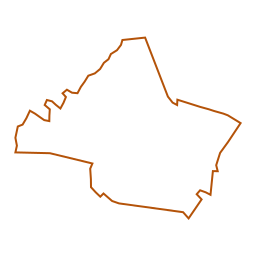 the district of Princesa, Santa Catarina, Brazil
{"feature_id": "56859067B63581322441845", "entity_name": "Princesa", "entity_type": "district", "adm_level": 2, "iso_a3": "BRA", "parent_name": "Brazil", "parent_adm1": "Santa Catarina", "projection": "albers", "projection_center": [-53.626, -26.429], "detail": "fine", "context": "isolated", "style": "outline", "palette": "amber", "viewbox_px": 256, "rotation_deg": 0, "n_neighbors": 0, "source": "geoboundaries", "source_scale": "gbopen_adm2", "svg_char_len": 924}
<svg xmlns="http://www.w3.org/2000/svg" viewBox="0 0 256 256"><path d="M17.8,126.5L16.6,132.1L15.4,137.8L16.9,145.7L15.4,152.4L49.9,153.2L92.4,163.5L90.2,168.7L90.9,179.2L91.0,187.2L95.7,192.3L100.3,196.7L103.5,193.5L107.6,197.1L112.1,201.0L119.0,203.4L183.1,212.2L188.6,218.4L201.6,199.4L196.7,194.2L200.1,190.3L205.7,192.3L210.5,194.8L212.9,171.1L217.7,171.2L216.2,165.2L220.1,152.9L228.1,141.9L240.6,123.1L227.8,115.3L223.3,113.6L214.1,111.0L208.9,109.3L200.2,106.9L177.4,99.7L177.1,105.0L172.6,102.6L167.9,96.6L145.1,37.6L122.4,40.0L121.0,44.9L117.0,50.2L110.9,54.0L108.5,59.2L103.9,62.8L100.1,69.0L94.8,73.4L88.3,75.7L84.6,81.7L80.9,86.8L77.5,93.2L72.0,92.7L66.9,89.7L62.6,93.3L65.9,97.0L63.5,102.8L60.4,108.5L55.8,104.8L52.0,101.3L46.9,100.0L44.7,105.0L49.8,109.3L49.4,115.6L49.3,121.1L44.2,120.1L39.9,117.1L35.1,113.7L29.9,110.7L26.4,118.2L22.6,124.6L17.8,126.5Z" fill="none" stroke="#b45309" stroke-width="2"/></svg>